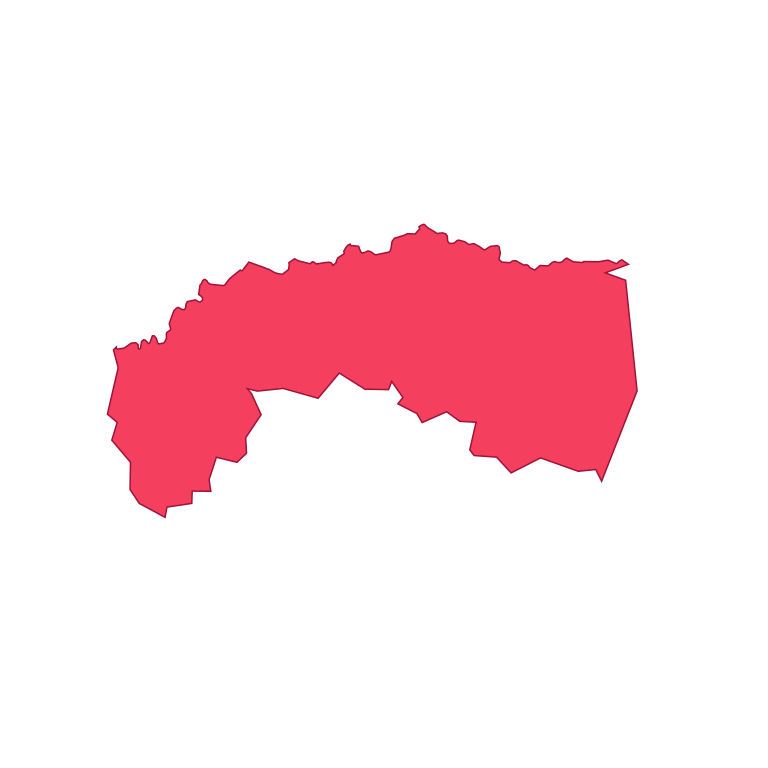 outline of Mingo, West Virginia, United States of America, rotated 130°
{"feature_id": "52423323B3909693217248", "entity_name": "Mingo", "entity_type": "district", "adm_level": 2, "iso_a3": "USA", "parent_name": "United States of America", "parent_adm1": "West Virginia", "projection": "natural_earth1", "projection_center": [-82.154, 37.743], "detail": "fine", "context": "isolated", "style": "filled", "palette": "rose", "viewbox_px": 768, "rotation_deg": 130, "n_neighbors": 0, "source": "geoboundaries", "source_scale": "gbopen_adm2", "svg_char_len": 2967}
<svg xmlns="http://www.w3.org/2000/svg" viewBox="0 0 768 768"><g transform="rotate(130 384 384)"><path d="M584.9,576.5L584.9,563.7L602.0,556.4L606.9,527.9L628.1,510.7L632.8,494.7L626.9,466.0L617.8,471.1L599.0,454.5L589.3,462.1L577.5,447.7L569.7,456.5L547.9,465.3L538.5,446.3L525.4,444.8L514.1,455.4L486.5,458.4L476.6,479.2L475.4,485.7L470.9,476.5L452.2,458.4L437.3,425.3L404.4,425.3L400.2,394.9L399.8,394.8L385.4,376.9L377.1,379.7L382.2,360.9L390.3,360.6L385.5,339.8L389.0,330.0L365.0,318.2L363.9,301.9L354.1,288.9L379.3,276.0L380.9,269.0L367.7,250.8L370.4,229.5L340.0,216.6L326.0,179.1L313.4,166.8L318.6,154.8L227.1,185.5L226.6,185.7L149.2,265.6L156.6,285.9L135.2,273.7L135.9,280.8L135.9,281.5L138.3,282.7L141.7,283.0L142.5,283.5L145.0,291.6L145.9,292.7L152.4,298.2L161.9,309.8L162.8,309.8L163.8,310.6L168.4,317.1L169.2,319.6L170.1,324.9L172.1,325.7L176.0,326.1L177.7,327.2L179.5,329.5L180.0,331.0L180.9,332.4L183.0,333.4L187.0,333.9L188.5,334.7L192.8,340.6L199.4,341.7L200.0,342.2L201.1,347.2L200.5,349.4L200.7,350.8L201.7,352.2L203.0,353.1L204.6,361.2L204.7,362.1L206.8,364.4L208.2,365.1L209.8,365.2L214.9,372.0L214.6,376.1L209.1,378.9L204.9,384.0L205.1,386.1L205.3,386.3L210.2,391.0L215.9,392.8L216.6,393.4L217.0,394.1L217.4,399.4L218.7,405.5L222.3,408.3L222.7,409.7L223.1,413.7L225.8,419.3L227.1,420.2L230.8,420.8L233.1,422.8L234.2,424.5L233.7,427.0L230.0,430.6L229.3,433.1L230.4,436.0L233.3,439.0L234.5,439.7L234.6,440.6L235.7,448.4L236.0,448.7L236.2,453.2L235.8,454.3L236.0,456.1L238.1,457.4L241.0,458.3L242.3,456.4L249.1,456.6L253.8,462.7L257.0,464.1L265.7,469.7L269.5,469.5L276.2,465.5L278.7,464.7L279.8,465.0L290.3,473.3L290.8,474.4L291.2,479.3L292.3,481.8L295.7,483.4L297.8,485.0L297.8,486.3L295.9,490.3L295.0,491.4L295.0,492.3L299.3,498.6L298.6,499.9L300.4,500.7L303.4,501.0L307.6,500.3L308.4,500.0L309.1,498.7L310.1,498.3L317.1,500.5L321.2,499.2L321.7,498.6L322.3,498.7L325.9,499.3L325.1,502.1L325.9,504.3L329.6,507.9L335.6,513.0L335.7,516.1L336.4,517.5L339.4,517.9L344.8,529.1L345.5,533.0L352.1,534.9L353.7,533.2L357.6,530.7L365.2,532.3L366.6,534.3L368.9,539.1L370.3,546.7L371.3,547.9L371.3,549.2L377.5,565.9L388.2,565.4L388.8,566.0L389.1,567.4L399.3,569.4L402.9,570.0L410.5,569.6L411.9,570.4L419.0,580.8L419.6,583.4L418.7,586.3L419.0,588.4L419.8,589.1L421.5,589.3L424.5,588.4L426.6,588.5L434.6,583.5L434.3,580.8L434.6,578.6L436.1,577.0L439.2,577.4L440.0,578.4L440.8,582.6L447.3,587.6L450.1,587.0L453.5,584.8L455.2,584.7L456.8,586.7L457.6,590.9L459.1,591.7L462.9,592.0L464.3,591.6L475.0,587.7L476.1,587.0L478.9,582.8L480.2,582.5L484.2,583.5L485.5,583.0L489.0,579.9L494.0,578.9L498.1,582.3L497.8,584.1L495.5,587.5L494.7,590.9L496.0,592.4L502.6,590.0L504.2,590.1L504.5,591.0L504.1,592.0L503.9,595.4L504.8,596.7L507.2,597.1L513.2,593.5L514.8,594.2L514.8,594.9L512.0,597.6L511.9,600.1L512.4,601.2L515.1,603.9L523.5,606.1L528.8,610.8L528.6,612.0L527.7,612.8L531.7,613.2L542.4,598.1L584.9,576.5Z" fill="#f43f5e" stroke="#9f1239" stroke-width="1.5"/></g></svg>